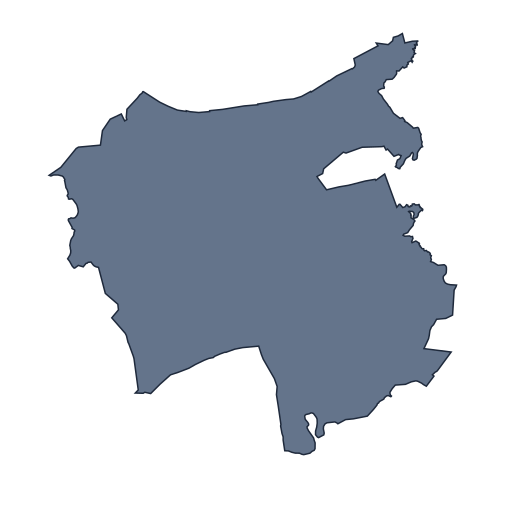 the district of Lendžu pag., Rezeknes, Latvia, rotated 173°
{"feature_id": "27541924B30394779880329", "entity_name": "Lendžu pag.", "entity_type": "district", "adm_level": 2, "iso_a3": "LVA", "parent_name": "Latvia", "parent_adm1": "Rezeknes", "projection": "mercator", "projection_center": [27.481, 56.572], "detail": "fine", "context": "isolated", "style": "filled", "palette": "slate", "viewbox_px": 512, "rotation_deg": 173, "n_neighbors": 0, "source": "geoboundaries", "source_scale": "gbopen_adm2", "svg_char_len": 5900}
<svg xmlns="http://www.w3.org/2000/svg" viewBox="0 0 512 512"><g transform="rotate(173 256 256)"><path d="M74.0,136.9L100.6,143.6L94.8,152.9L93.7,156.1L92.5,160.8L90.4,164.4L88.1,166.2L84.5,171.2L75.3,170.9L68.1,173.4L63.5,198.0L61.3,201.0L60.5,202.7L66.5,203.8L69.2,204.7L71.3,206.1L72.3,208.0L72.9,210.6L72.8,212.0L72.5,213.0L69.8,215.2L69.2,216.3L68.6,219.4L68.4,221.8L69.0,223.3L70.3,224.4L76.5,224.6L80.6,227.9L83.4,229.2L82.4,231.0L82.4,231.6L82.8,232.4L82.8,233.1L81.9,235.0L83.1,236.0L82.7,237.0L83.2,238.1L84.4,239.1L85.2,239.1L86.2,240.7L87.9,240.6L88.5,241.0L88.7,242.8L90.0,242.9L90.6,243.5L91.1,244.7L91.7,245.0L92.0,245.7L91.8,246.1L92.7,247.3L92.7,247.7L92.4,248.1L92.6,248.4L92.4,248.6L92.8,249.3L93.7,249.8L94.7,250.8L95.6,251.4L99.5,250.2L99.8,251.2L98.0,254.5L98.2,255.0L98.3,256.3L100.0,256.3L101.1,257.2L105.9,257.5L107.5,258.6L106.7,259.7L102.6,260.7L100.5,263.3L96.3,267.2L95.7,269.2L94.7,270.7L94.1,271.1L94.1,271.9L95.2,273.2L97.5,275.0L97.2,276.8L97.4,277.1L97.1,277.3L97.1,278.4L97.3,278.5L97.4,279.5L99.1,281.5L98.5,281.8L95.2,281.1L94.1,279.9L94.0,277.9L94.7,276.9L95.2,275.4L94.8,274.1L91.6,274.7L90.6,275.8L89.8,277.3L89.8,278.1L89.1,279.1L86.4,281.3L85.7,281.4L85.7,280.9L85.4,280.7L84.9,281.3L84.8,282.1L86.5,283.9L87.0,283.9L87.4,284.9L87.2,285.2L87.8,285.8L87.7,286.8L88.0,287.3L88.8,287.0L91.6,287.3L92.6,288.5L94.5,288.5L95.1,286.9L95.5,286.6L96.3,287.0L96.9,286.7L97.1,286.1L97.8,286.0L98.9,286.5L99.1,287.9L100.3,288.6L102.1,286.7L104.4,286.2L106.8,289.8L107.5,289.9L110.3,287.2L118.3,321.7L127.9,316.5L128.4,317.6L138.5,317.1L155.7,314.9L165.2,314.5L177.9,313.1L185.1,325.8L185.8,327.5L179.8,329.7L178.2,334.3L156.7,348.4L154.1,347.2L137.4,351.0L117.8,349.2L115.6,349.4L114.0,345.3L112.4,346.1L106.9,338.1L102.0,339.4L101.7,338.9L99.7,338.0L101.3,335.1L103.9,334.0L105.7,330.3L105.5,329.5L105.6,328.9L106.8,327.8L106.6,327.4L104.8,326.4L104.2,325.6L103.0,325.1L102.5,325.2L102.4,326.0L101.7,326.8L98.5,329.5L96.8,332.5L95.2,334.6L91.2,336.5L89.0,339.4L88.1,339.7L87.5,338.7L87.5,337.5L88.9,333.5L88.5,332.3L87.3,331.8L85.1,332.6L84.3,333.3L83.5,336.3L83.5,337.4L83.1,338.9L82.3,340.1L79.2,343.6L77.3,344.2L77.8,345.6L77.9,347.0L77.2,349.0L77.7,350.2L77.9,352.4L77.8,353.4L78.0,354.2L77.8,355.7L77.3,356.3L77.4,357.0L78.1,358.3L79.0,363.0L79.8,363.9L84.3,363.7L84.8,364.7L89.7,370.0L92.1,371.4L91.7,372.2L93.6,375.5L96.3,375.1L102.2,380.9L105.0,387.3L106.2,388.6L107.0,390.6L110.5,396.4L111.8,399.9L114.1,402.4L115.0,404.4L114.3,405.6L113.1,406.1L110.7,406.9L108.4,406.8L108.0,408.0L108.6,409.1L108.0,412.1L106.6,413.2L105.2,415.2L99.3,414.9L97.2,416.4L94.6,419.2L94.2,419.9L93.9,422.6L91.5,422.2L87.3,425.8L86.1,424.5L83.2,425.4L82.9,427.1L81.4,428.0L81.8,429.6L78.1,430.9L77.4,429.3L76.6,430.3L77.2,430.9L77.8,432.9L77.5,433.4L76.7,433.7L76.4,434.6L75.6,434.4L75.2,436.2L74.4,437.0L73.1,437.5L74.3,438.7L73.6,440.7L74.4,441.1L75.2,442.1L75.2,442.5L73.9,442.4L73.3,443.2L73.0,442.5L72.7,442.5L72.0,445.0L72.9,446.0L72.9,446.3L70.3,445.8L70.3,446.8L70.9,447.7L70.4,448.2L70.4,449.0L68.7,449.7L74.7,450.1L82.3,449.3L83.6,459.0L88.1,457.1L93.0,456.3L94.2,452.9L99.0,449.7L110.7,452.7L109.3,449.7L134.8,440.0L134.2,433.4L135.2,431.5L137.5,430.0L138.0,430.3L154.0,424.9L161.3,421.1L162.5,420.6L162.6,420.9L181.3,412.0L181.6,412.7L191.4,408.8L199.6,407.3L207.1,407.6L220.0,407.4L224.8,406.9L235.8,406.6L235.8,405.9L249.5,406.4L271.3,405.6L284.3,405.9L284.4,405.0L295.4,405.4L304.0,407.3L307.5,408.7L307.6,408.0L316.2,410.4L324.9,415.3L332.8,420.4L347.8,432.9L348.3,432.9L349.3,431.5L351.6,430.2L354.6,427.1L366.2,417.4L367.9,409.4L367.6,407.1L369.9,406.1L372.4,413.4L384.0,409.6L393.1,399.2L396.9,385.0L419.0,385.7L421.4,384.6L438.9,367.8L451.5,361.3L449.8,360.4L447.0,361.1L442.5,360.5L438.6,359.0L437.7,358.1L436.4,355.3L436.9,354.1L436.7,353.5L436.3,346.9L435.3,344.7L434.8,341.5L434.9,340.4L435.9,339.3L436.1,338.7L435.2,337.1L435.1,335.4L434.2,335.1L432.1,335.3L430.9,334.5L428.1,329.6L427.5,328.0L427.0,324.5L427.0,321.5L427.6,320.0L428.4,318.5L429.7,317.1L431.1,316.0L433.0,315.8L435.0,316.4L436.1,315.8L437.5,315.7L437.9,314.9L437.9,314.0L435.0,306.8L435.3,305.7L432.9,304.0L432.8,302.9L433.7,301.7L433.7,301.1L434.6,298.5L437.1,295.6L438.0,294.0L439.5,289.3L439.3,287.1L439.4,286.0L439.2,283.9L439.6,281.6L440.7,279.4L443.3,276.2L441.7,273.5L439.6,268.3L438.2,266.3L437.4,266.1L433.5,268.3L428.8,266.3L425.6,269.4L424.6,269.4L423.4,270.2L420.5,270.1L418.7,267.0L417.7,265.8L416.0,264.7L413.7,263.9L410.1,237.2L399.0,225.0L399.1,219.3L406.7,212.2L395.2,195.2L394.3,192.7L393.5,185.7L393.0,184.6L390.0,171.6L389.6,169.0L389.2,137.4L392.5,134.7L384.7,133.5L383.0,134.3L377.3,132.3L366.8,140.5L355.3,148.5L347.1,150.1L336.3,152.8L329.4,155.7L320.3,158.8L315.3,160.1L310.8,160.4L309.2,161.5L303.8,163.1L299.0,164.2L297.4,164.1L288.6,166.1L280.3,166.7L264.3,166.2L262.7,157.8L261.4,152.7L252.7,132.1L250.9,123.9L252.6,115.9L252.2,104.1L251.8,85.6L252.3,84.3L251.8,76.5L251.1,73.2L251.5,70.0L251.2,59.2L247.6,58.6L244.3,56.8L241.1,55.6L236.9,55.0L234.6,53.6L232.8,53.0L226.5,53.7L224.0,55.4L222.0,56.0L220.9,57.5L220.1,63.3L220.7,66.0L221.0,68.4L225.1,76.0L226.2,79.0L226.1,80.4L224.5,81.6L224.2,82.7L224.8,84.4L226.8,87.5L227.1,88.3L227.2,91.2L226.8,91.9L225.6,92.6L222.6,92.9L220.4,93.6L219.4,93.3L218.2,92.7L216.1,89.1L215.4,87.4L215.3,86.2L215.6,82.7L216.6,78.8L218.2,75.0L218.7,71.4L217.1,68.8L216.0,68.1L210.5,70.2L209.9,71.9L210.2,76.2L209.7,78.7L208.0,80.9L206.0,81.8L197.9,81.7L196.1,80.5L195.2,79.5L187.0,82.7L179.1,82.5L165.0,83.5L158.2,89.3L154.2,93.2L153.4,94.8L152.3,95.1L151.2,96.5L146.6,98.4L145.8,99.7L143.5,101.2L141.8,101.4L139.3,99.9L138.7,100.3L138.6,100.5L139.3,101.2L139.6,102.1L139.8,103.3L139.6,104.5L136.9,107.8L133.5,110.9L123.3,110.4L117.1,112.2L112.5,112.6L110.8,112.0L107.1,109.6L105.5,108.0L102.8,106.0L94.0,115.1L95.4,116.6L92.3,118.9L90.6,119.5L89.3,120.7L74.0,136.9Z" fill="#64748b" stroke="#1e293b" stroke-width="1.5"/></g></svg>